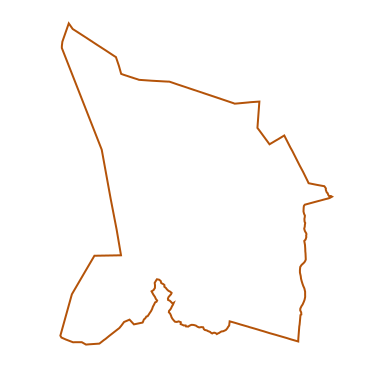 outline of San Martín Peras, Oaxaca, Mexico, rotated 4°
{"feature_id": "50627088B75957379157629", "entity_name": "San Martín Peras", "entity_type": "district", "adm_level": 2, "iso_a3": "MEX", "parent_name": "Mexico", "parent_adm1": "Oaxaca", "projection": "orthographic", "projection_center": [-98.226, 17.372], "detail": "fine", "context": "isolated", "style": "outline", "palette": "amber", "viewbox_px": 384, "rotation_deg": 4, "n_neighbors": 0, "source": "geoboundaries", "source_scale": "gbopen_adm2", "svg_char_len": 3186}
<svg xmlns="http://www.w3.org/2000/svg" viewBox="0 0 384 384"><g transform="rotate(4 192 192)"><path d="M71.9,346.3L76.3,347.9L83.8,350.2L85.9,350.0L92.5,349.5L96.9,351.6L100.1,351.1L110.2,349.7L114.5,345.8L115.9,344.7L119.5,341.3L126.4,335.1L129.0,332.8L130.8,330.3L133.3,326.4L138.6,323.7L143.3,328.1L151.8,325.7L152.2,324.8L152.9,322.5L154.1,321.4L155.2,319.4L156.4,319.0L157.4,317.3L158.2,315.8L159.5,313.6L160.4,311.4L161.0,309.1L161.9,307.2L162.9,304.7L164.2,304.0L164.8,302.7L163.4,301.2L162.4,299.3L160.5,296.9L158.6,293.9L160.5,292.5L161.7,290.3L161.6,287.5L161.1,285.3L162.4,282.7L163.1,281.5L165.4,281.8L167.0,283.0L167.7,285.0L170.0,286.0L171.0,286.8L171.0,288.4L172.7,289.6L173.7,290.8L175.4,292.2L177.3,293.0L178.7,294.1L178.2,295.5L177.3,296.6L175.9,298.5L175.4,300.1L175.7,301.4L177.3,301.9L178.3,302.7L180.4,304.6L181.5,303.8L180.8,305.9L180.0,307.4L179.3,309.3L178.7,310.5L177.4,312.2L177.3,313.6L178.6,314.8L179.3,316.0L179.8,317.0L180.2,318.1L181.2,319.7L182.9,321.5L184.1,322.6L185.9,322.7L187.7,322.0L189.9,322.7L189.9,324.6L191.3,325.0L193.0,325.7L195.0,325.6L195.4,326.5L197.7,326.5L198.7,325.6L200.6,324.6L202.5,324.5L203.9,324.7L205.4,325.1L206.8,326.0L208.6,326.6L210.8,326.1L212.6,326.2L213.4,328.0L214.4,328.7L216.6,329.1L217.5,329.6L219.8,330.3L220.6,331.0L222.0,331.7L223.1,331.0L224.4,330.8L226.0,331.4L226.7,332.0L227.8,331.2L228.7,330.8L229.5,330.2L231.0,329.1L232.9,328.7L235.4,327.3L236.7,325.6L237.3,324.3L238.4,322.6L238.6,318.4L243.5,319.4L248.4,320.5L249.6,320.8L251.6,321.2L253.9,321.7L257.7,322.5L258.3,322.7L260.7,323.2L263.5,323.8L267.6,324.7L270.1,325.3L272.0,325.7L272.5,325.8L273.8,326.1L279.3,327.4L286.2,328.8L287.0,329.0L296.8,331.1L300.5,332.0L308.4,333.7L308.3,331.2L308.4,318.6L308.6,316.7L308.8,307.2L309.6,306.6L309.3,304.4L308.2,302.5L308.2,300.7L309.2,298.2L310.2,296.5L311.2,293.7L311.8,291.7L312.2,288.8L312.0,286.5L311.8,283.6L310.8,280.3L309.6,278.1L308.6,275.8L307.6,273.2L306.8,270.8L306.3,268.2L305.3,264.9L305.1,262.4L305.2,259.2L306.4,257.1L308.2,255.2L309.1,254.1L309.9,252.5L310.2,251.3L309.5,245.1L309.2,243.5L308.9,240.5L308.8,239.9L308.4,236.9L307.4,233.0L308.6,231.5L309.2,228.9L308.9,227.8L309.1,226.6L308.9,225.3L308.3,224.5L307.3,223.0L306.5,220.8L306.9,218.6L306.9,216.7L307.1,215.0L306.4,213.8L306.1,211.8L306.0,210.8L306.2,209.6L306.3,207.7L305.3,205.9L304.6,203.7L304.5,201.0L304.5,199.5L304.6,198.1L305.4,196.8L315.5,193.3L329.7,188.4L332.0,186.9L330.8,186.3L329.1,186.6L328.1,185.4L327.4,183.7L326.5,183.1L325.3,180.5L325.3,179.1L324.2,177.7L323.6,177.0L315.5,176.1L307.7,175.1L307.6,174.9L306.5,172.9L301.3,164.0L297.7,158.3L289.1,143.9L287.0,140.7L280.1,129.2L266.0,139.0L254.3,125.2L252.8,123.5L252.9,97.1L244.3,98.3L242.1,98.7L230.5,100.6L228.4,100.9L227.2,100.5L215.7,97.5L201.4,93.8L187.1,90.1L172.8,86.4L170.8,85.9L161.8,83.5L158.6,83.6L144.2,83.8L131.3,83.8L130.0,83.4L126.6,82.6L115.5,79.8L113.1,79.1L110.3,71.3L106.7,62.7L105.5,62.1L101.4,59.8L96.1,56.8L87.0,51.8L72.9,43.9L70.0,42.3L61.6,37.7L57.3,32.4L52.2,51.1L52.0,55.3L52.1,57.4L99.0,156.1L111.3,204.3L119.4,234.6L125.6,260.1L99.1,262.4L90.7,279.3L79.3,302.4L70.7,344.5L71.9,346.3Z" fill="none" stroke="#b45309" stroke-width="2"/></g></svg>